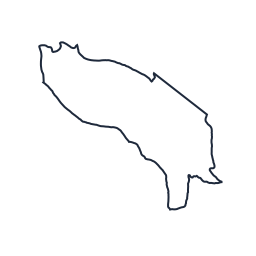 Gurupá, Pará, Brazil (Robinson projection), rotated 280°
{"feature_id": "56859067B80608468875701", "entity_name": "Gurupá", "entity_type": "district", "adm_level": 2, "iso_a3": "BRA", "parent_name": "Brazil", "parent_adm1": "Pará", "projection": "robinson", "projection_center": [-51.641, -1.114], "detail": "fine", "context": "isolated", "style": "outline", "palette": "slate", "viewbox_px": 256, "rotation_deg": 280, "n_neighbors": 0, "source": "geoboundaries", "source_scale": "gbopen_adm2", "svg_char_len": 5842}
<svg xmlns="http://www.w3.org/2000/svg" viewBox="0 0 256 256"><g transform="rotate(280 128 128)"><path d="M158.2,36.6L157.2,38.6L156.7,39.5L156.2,40.1L155.8,41.0L155.0,42.3L154.1,43.2L152.9,44.8L152.5,45.3L152.2,45.6L151.8,46.2L151.6,46.6L151.4,46.9L150.5,47.6L150.0,47.8L149.6,48.1L148.3,49.5L147.8,49.8L146.4,51.9L144.8,53.7L143.1,55.4L142.4,56.1L141.2,57.4L140.7,58.0L137.7,61.9L137.0,63.1L135.6,65.6L134.6,67.7L134.2,68.3L133.4,69.6L132.8,70.4L132.2,71.7L131.8,72.4L131.1,73.9L130.2,75.5L130.0,76.0L129.3,77.2L128.9,77.8L128.6,78.3L128.1,79.8L127.8,80.2L127.1,81.1L126.4,82.6L126.5,84.1L126.3,84.9L126.3,85.4L126.3,85.8L126.0,86.5L126.0,87.4L126.0,87.9L125.9,89.6L125.8,90.0L125.6,90.9L125.6,92.7L125.6,95.4L125.7,96.4L125.5,97.6L125.3,98.7L125.1,100.5L125.1,101.0L125.4,103.6L125.5,106.0L125.8,108.3L125.8,108.9L125.8,109.4L125.8,110.0L125.8,111.4L126.1,112.4L126.3,113.6L126.2,115.9L126.1,116.9L126.0,117.3L125.6,118.3L124.6,120.3L124.5,120.7L124.0,121.4L123.3,122.1L122.4,123.0L121.4,124.2L119.5,126.1L118.5,127.0L117.5,128.0L116.3,129.5L115.4,130.6L115.1,131.0L114.5,131.4L114.6,131.8L114.7,132.3L114.7,133.0L114.7,133.7L114.5,135.4L114.3,136.3L114.1,138.0L113.6,139.2L113.1,140.1L112.7,140.4L112.1,140.8L110.9,141.8L109.9,142.7L108.0,143.8L107.7,144.0L106.5,144.8L105.9,145.1L105.3,145.3L104.3,146.0L104.0,146.3L103.4,147.3L102.8,148.8L102.4,149.3L101.9,149.8L101.3,150.1L100.9,150.6L100.7,150.9L100.6,151.8L100.5,153.4L100.6,153.9L100.5,155.9L100.3,156.7L99.8,158.1L99.7,158.9L99.5,159.5L98.8,161.0L98.1,162.1L97.5,162.9L96.9,163.8L95.5,165.5L94.7,166.3L93.7,167.8L93.2,168.3L92.7,169.2L92.3,169.6L89.9,171.9L89.4,172.4L88.3,173.5L87.8,173.8L86.2,174.2L84.9,174.3L84.6,174.3L82.2,175.0L81.4,175.4L80.9,175.7L79.7,175.8L78.9,175.9L77.8,176.4L77.4,176.6L77.0,176.7L76.5,176.9L75.9,177.3L74.7,178.0L73.9,178.3L72.7,178.8L72.0,178.9L71.1,178.8L70.8,179.1L69.7,179.4L68.9,179.5L67.1,179.9L62.8,180.5L59.9,180.7L57.7,181.1L57.1,181.4L56.7,181.7L56.4,182.3L55.7,183.2L55.0,183.6L55.2,184.1L55.5,184.7L55.8,185.9L55.8,186.7L56.0,188.3L56.3,189.2L56.5,189.8L56.8,190.5L57.1,190.9L57.4,191.4L58.4,193.1L59.1,194.4L59.5,195.5L59.8,196.3L60.2,196.9L60.5,197.3L61.0,197.6L61.5,197.9L62.0,198.0L62.7,197.9L64.1,198.2L64.9,198.0L66.7,198.0L67.1,198.1L67.8,198.3L68.5,198.5L69.2,198.5L69.8,198.3L70.6,198.3L70.9,198.3L71.8,198.2L72.2,198.2L73.0,198.1L73.5,198.0L74.7,198.1L75.1,198.3L76.6,198.0L78.1,197.7L78.6,197.7L79.8,197.5L80.5,197.5L80.8,197.4L81.3,197.3L81.7,197.2L82.8,197.0L83.6,196.8L84.2,196.9L84.7,197.0L85.1,197.1L86.0,197.2L86.5,197.2L87.2,197.2L87.6,197.2L88.2,197.0L89.7,196.4L90.1,196.1L90.6,196.0L91.8,195.8L92.2,196.1L92.2,196.8L92.0,197.2L91.4,197.6L90.9,198.1L90.5,198.8L90.4,199.5L90.5,200.2L91.1,200.5L91.7,200.9L92.0,201.4L92.0,202.2L92.0,202.9L92.4,203.5L92.8,204.0L92.6,204.4L92.2,205.0L91.9,205.3L91.7,205.7L91.4,206.4L91.4,206.8L91.4,207.7L91.3,208.1L90.9,208.4L90.4,209.1L89.6,209.9L89.0,210.8L88.5,211.7L88.4,212.6L88.5,213.4L88.6,213.8L88.7,214.3L88.8,214.8L88.7,215.3L88.4,215.8L88.3,216.4L88.2,216.8L88.0,217.7L88.0,218.1L88.2,218.6L88.4,219.9L88.4,221.2L88.5,222.9L89.1,224.0L89.2,225.0L89.3,225.8L89.5,226.3L89.6,226.7L90.5,228.3L90.8,229.1L90.9,229.5L91.4,229.4L91.8,227.4L92.8,225.6L93.0,225.2L93.8,224.2L94.5,223.6L94.9,223.1L95.5,221.9L96.2,220.5L96.7,220.0L97.1,219.4L97.7,218.9L98.2,218.2L98.5,217.9L98.8,217.6L99.4,217.1L100.0,216.4L100.6,215.9L101.0,215.8L101.6,215.7L102.3,216.0L102.7,216.6L103.1,218.7L103.3,219.1L103.8,219.6L104.4,219.9L105.0,219.9L105.7,219.8L106.7,219.4L107.3,219.1L108.1,218.7L108.7,218.2L110.7,217.6L111.3,217.2L112.3,216.8L112.8,216.6L113.6,216.2L114.0,216.1L116.8,214.9L119.4,214.5L120.4,214.3L122.3,214.0L122.9,213.9L124.5,213.9L126.5,213.4L128.0,212.8L128.7,212.7L129.5,212.5L131.1,212.3L132.1,212.4L134.1,212.2L135.3,211.8L136.4,211.7L137.2,211.5L137.9,211.2L138.8,211.2L139.8,211.0L140.6,210.8L141.4,210.6L142.3,210.2L143.4,209.4L143.7,209.1L144.2,208.5L145.0,207.1L145.2,206.7L145.6,206.0L146.0,205.6L147.0,204.6L147.4,204.1L147.7,203.8L148.3,203.3L149.2,203.0L149.7,202.9L150.2,202.8L151.7,202.9L152.4,203.1L154.0,203.3L154.5,203.3L155.0,203.4L186.4,144.1L185.9,144.0L185.2,144.2L182.8,145.7L181.2,145.2L180.7,144.8L180.3,144.4L180.0,144.2L178.8,143.9L178.5,143.7L177.9,143.2L178.2,142.7L178.5,142.3L179.5,141.3L180.4,140.4L181.6,138.0L181.9,137.5L182.7,135.8L183.0,135.1L183.4,133.7L183.4,133.2L183.5,132.7L184.5,129.7L185.2,127.8L185.4,127.1L185.8,126.1L186.1,124.7L186.3,123.2L186.4,122.7L186.6,122.2L186.8,121.7L187.2,120.9L187.6,120.2L187.7,119.5L188.5,117.4L188.5,116.9L188.7,115.4L189.3,114.2L189.4,113.6L189.3,112.5L189.4,111.2L189.9,109.8L190.0,109.2L190.3,108.5L190.2,107.1L190.3,106.4L190.5,105.4L190.7,104.6L191.1,103.4L191.1,103.0L191.1,102.5L191.2,101.6L191.2,100.0L191.4,98.2L191.4,97.5L191.4,96.9L191.0,95.2L190.9,94.0L190.7,93.1L190.3,91.2L189.8,89.5L189.6,89.0L189.2,87.5L188.6,82.8L188.4,79.8L188.5,76.9L188.8,74.9L189.2,73.3L189.3,72.7L190.2,71.4L192.0,68.6L192.8,67.5L193.8,66.5L194.2,66.2L195.2,65.8L195.7,65.7L196.3,65.5L197.2,65.0L198.1,64.6L198.5,64.5L198.9,64.4L199.7,64.1L200.8,63.5L200.1,62.8L199.6,62.5L198.4,62.1L197.8,61.7L197.6,61.4L197.3,60.6L197.2,60.2L197.2,59.8L197.4,58.3L197.6,57.7L198.3,56.6L199.0,54.8L199.5,53.9L200.2,52.1L201.0,49.4L200.9,48.2L200.6,47.0L199.7,46.3L197.9,47.3L197.1,47.7L195.6,47.5L194.5,47.2L193.7,46.8L192.6,45.8L191.6,44.9L190.7,43.3L190.3,42.2L189.9,41.2L190.0,40.6L190.3,40.2L190.7,40.0L192.4,39.4L193.8,38.4L194.0,38.0L194.1,37.1L193.9,35.9L194.0,34.9L194.2,34.3L194.8,33.1L195.0,31.4L194.6,29.1L194.0,27.5L193.2,26.5L192.6,26.5L191.9,26.9L189.4,28.2L188.0,29.0L186.4,29.6L183.8,30.3L182.3,30.4L180.6,30.5L179.4,30.6L178.4,30.7L175.9,31.1L174.4,31.4L173.4,31.7L170.5,32.6L168.9,33.4L168.2,33.8L167.0,34.7L165.9,35.3L163.5,35.9L158.8,37.0L158.2,36.6Z" fill="none" stroke="#1e293b" stroke-width="2"/></g></svg>